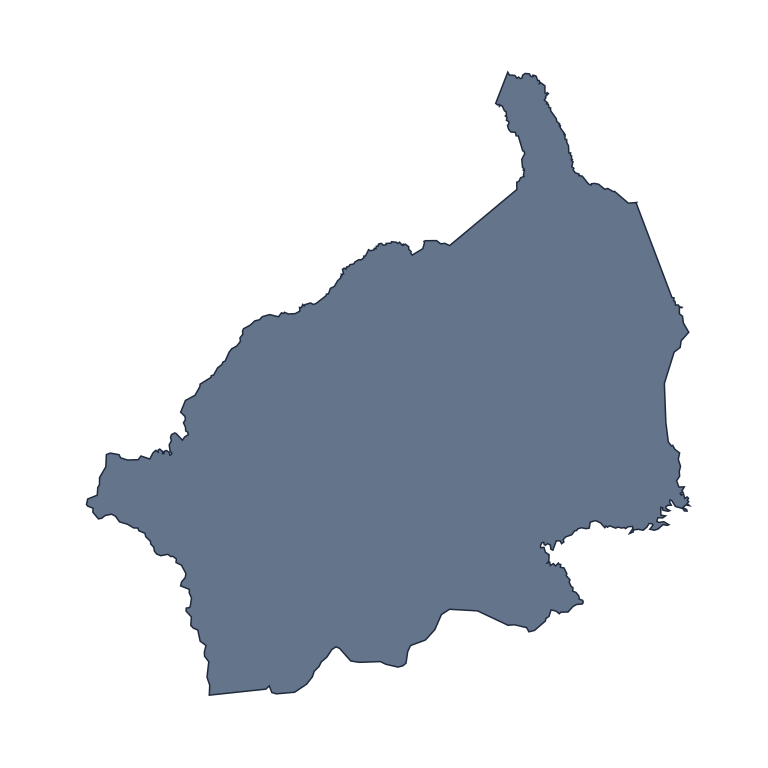 Kasempa, North-Western, Zambia, rotated 84°
{"feature_id": "96606910B75049689384444", "entity_name": "Kasempa", "entity_type": "district", "adm_level": 2, "iso_a3": "ZMB", "parent_name": "Zambia", "parent_adm1": "North-Western", "projection": "mercator", "projection_center": [25.871, -13.795], "detail": "fine", "context": "isolated", "style": "filled", "palette": "slate", "viewbox_px": 768, "rotation_deg": 84, "n_neighbors": 0, "source": "geoboundaries", "source_scale": "gbopen_adm2", "svg_char_len": 6112}
<svg xmlns="http://www.w3.org/2000/svg" viewBox="0 0 768 768"><g transform="rotate(84 384 384)"><path d="M229.9,113.6L229.7,122.1L216.5,134.6L216.7,135.8L212.9,141.1L213.5,144.0L207.8,149.6L206.5,153.7L206.5,156.8L207.8,157.3L206.6,159.6L198.0,165.1L197.1,168.3L195.7,168.0L193.8,171.8L190.9,173.5L189.3,172.6L187.6,174.5L182.5,172.8L181.6,174.1L180.3,173.2L179.9,174.2L177.0,173.5L175.8,174.7L173.7,174.2L173.5,176.0L166.3,175.6L163.2,176.9L159.9,176.8L159.9,178.1L158.6,178.4L154.9,177.8L154.8,178.8L153.8,178.4L147.4,182.0L145.6,181.6L145.4,182.7L143.8,182.0L141.0,184.7L138.1,184.9L129.7,189.7L126.8,189.5L126.5,190.9L123.1,191.3L122.4,192.8L121.6,192.0L118.3,194.9L116.3,193.1L114.9,193.3L112.4,190.2L111.3,191.3L112.4,191.9L111.4,193.5L104.2,192.8L100.9,196.5L101.3,198.0L100.3,197.3L98.3,198.0L98.4,199.4L93.8,200.5L92.9,201.8L93.4,202.8L92.4,203.5L93.9,204.4L93.1,206.1L90.8,206.9L89.9,211.1L91.4,213.9L94.0,214.6L94.5,216.5L92.8,218.1L93.8,219.9L90.8,221.6L89.8,227.0L86.8,228.3L116.6,243.6L118.3,241.9L118.1,240.2L119.9,240.2L118.9,238.9L120.1,237.3L125.0,235.6L125.9,234.1L129.6,234.2L130.1,235.3L131.9,233.8L134.6,234.7L136.0,232.5L138.1,232.6L139.9,234.2L143.8,233.4L146.7,231.4L147.4,227.1L151.0,226.6L151.4,224.5L166.6,221.7L167.2,220.4L169.4,219.9L175.0,223.5L183.1,223.6L184.7,222.3L185.8,223.1L186.0,222.0L190.7,223.5L192.2,223.0L193.2,226.7L196.3,228.4L197.3,230.9L204.4,231.5L253.2,304.3L250.4,308.9L250.5,313.0L246.9,316.7L245.8,327.8L246.4,329.4L247.8,329.0L253.5,331.3L258.7,342.5L256.8,343.6L255.1,343.2L252.6,345.3L250.0,345.1L247.1,348.3L248.0,350.6L247.1,350.4L247.4,351.8L244.6,353.7L245.7,355.7L244.3,356.8L243.3,361.6L244.7,362.5L244.4,367.2L245.7,367.4L246.0,369.9L243.8,372.2L244.3,374.9L246.2,375.3L246.2,377.3L248.7,377.9L248.0,379.4L249.7,380.3L250.0,383.6L248.8,385.3L254.7,389.0L254.7,390.7L255.9,390.6L258.2,393.7L257.7,396.0L259.6,400.2L261.5,401.6L261.7,405.3L263.4,406.6L263.7,409.0L265.7,409.8L264.6,411.6L265.7,413.3L270.3,412.7L270.4,415.1L272.0,414.6L272.4,415.8L274.0,416.0L276.4,419.3L281.8,423.2L283.3,427.4L288.4,429.7L288.6,431.8L290.2,432.5L296.8,443.1L297.5,446.1L295.7,448.5L296.8,454.4L298.0,455.2L296.4,456.5L299.3,458.0L299.0,460.0L302.7,460.0L304.7,464.8L304.4,471.6L302.3,475.5L303.4,476.5L302.5,478.5L306.1,481.9L303.0,490.5L304.3,498.0L307.1,501.2L307.7,505.9L311.5,510.9L314.3,517.9L316.6,519.2L319.8,519.2L323.0,522.4L326.6,522.4L330.9,526.5L333.0,531.7L336.0,534.6L344.6,539.6L345.3,541.9L347.7,543.2L350.5,547.8L357.4,552.6L357.6,554.9L359.4,555.5L364.9,566.9L367.4,567.4L375.5,573.2L379.6,583.2L390.8,589.2L395.5,585.3L398.8,585.3L401.5,587.5L406.1,586.0L409.9,586.1L411.3,584.3L413.9,583.9L415.8,587.8L418.8,590.3L411.4,596.0L410.8,597.3L412.1,600.6L414.7,601.9L418.3,601.4L422.0,604.0L428.1,603.8L430.8,602.2L432.2,603.4L432.3,604.5L429.6,604.6L427.4,607.3L427.9,609.5L430.2,610.1L430.1,611.6L428.3,610.9L425.3,613.8L426.0,615.4L428.2,615.9L426.1,617.9L428.3,620.9L434.1,624.8L430.2,633.2L433.6,636.4L432.8,647.0L429.9,653.7L426.6,654.9L424.1,663.3L425.2,667.5L437.3,669.3L447.2,676.6L454.4,677.5L457.0,679.5L464.6,680.8L467.4,690.7L472.7,692.5L474.5,691.4L477.2,686.3L481.0,687.0L488.3,682.1L488.0,678.7L485.7,675.2L485.0,668.6L487.3,665.0L493.5,661.4L496.6,653.9L501.0,648.0L501.5,644.0L504.4,643.0L507.5,637.4L510.9,636.9L516.1,632.7L518.8,632.7L522.3,630.0L526.2,629.8L529.3,627.9L531.4,624.0L530.8,616.7L533.4,614.0L533.2,612.2L536.2,608.8L539.8,609.5L543.0,604.4L551.8,600.8L555.7,601.9L559.7,606.0L563.5,607.4L567.9,599.1L571.5,599.5L576.6,597.8L584.7,599.9L586.0,600.8L586.2,604.1L589.1,604.6L595.5,599.9L604.0,601.4L606.9,599.1L609.2,594.9L620.6,593.7L625.4,588.4L631.8,590.7L636.0,590.9L641.9,587.3L657.1,590.7L665.3,588.8L675.2,590.3L675.1,533.3L672.2,529.7L679.1,527.8L680.9,523.5L681.2,505.2L674.5,492.4L667.8,485.9L662.4,483.4L658.1,478.1L653.8,475.4L649.6,469.3L642.6,463.6L640.4,459.2L642.2,455.9L656.0,446.0L658.2,437.9L659.7,416.6L662.9,411.5L667.0,399.8L666.3,394.8L664.0,391.3L652.7,388.4L646.9,385.0L642.9,369.5L633.6,359.1L619.3,351.0L614.9,342.4L619.4,314.7L636.9,285.9L637.1,279.5L641.2,267.6L645.6,265.8L644.8,260.1L636.7,248.4L634.1,247.4L632.4,244.2L626.1,241.5L627.9,236.5L630.8,233.7L629.4,232.0L630.0,224.8L625.0,219.3L623.4,215.4L623.5,209.6L621.9,208.7L620.0,209.0L618.3,212.3L615.2,212.4L611.4,214.8L609.6,218.1L606.5,217.3L604.7,219.1L600.3,220.6L598.2,219.5L593.7,222.8L591.8,222.0L585.7,224.2L584.8,227.7L582.0,227.1L581.8,228.6L580.3,229.2L582.8,232.5L580.3,234.3L581.9,237.6L578.6,237.8L579.1,240.3L577.1,238.5L571.0,237.7L568.2,241.1L563.1,242.0L563.3,245.3L560.5,245.1L558.2,243.2L558.1,241.7L560.4,241.5L561.2,240.3L559.9,238.0L561.4,235.4L565.8,235.3L566.9,233.4L557.9,229.0L558.5,225.1L561.4,224.1L559.9,221.6L557.6,222.1L555.1,219.4L553.5,213.0L549.9,209.7L549.9,207.8L548.3,206.4L547.6,202.7L549.0,198.2L548.8,195.0L543.0,193.3L541.9,188.0L544.8,183.1L550.0,179.4L548.5,178.0L549.8,176.7L548.6,174.4L551.6,168.6L550.7,166.4L552.1,162.8L551.9,159.9L553.1,159.0L551.5,156.2L551.6,151.9L553.6,151.5L558.3,155.4L557.2,151.6L555.2,151.1L555.1,146.3L556.5,141.5L553.8,137.5L550.5,135.0L550.9,132.2L552.3,131.1L556.2,134.8L557.7,130.3L556.8,126.5L553.0,121.2L554.2,117.3L553.7,115.4L550.2,120.1L550.4,125.3L549.1,127.0L545.6,125.6L546.3,120.9L544.6,117.8L543.4,122.3L535.6,121.7L536.1,119.9L538.2,120.1L538.9,119.1L540.3,114.8L539.8,113.0L537.2,116.6L535.9,116.7L534.4,114.7L534.6,110.9L531.3,112.3L529.2,111.7L530.0,110.0L536.2,107.0L539.2,99.8L541.6,98.6L542.1,95.9L540.4,96.2L538.2,99.8L535.9,96.4L536.9,92.9L534.6,95.0L532.8,93.3L531.5,94.4L529.4,93.1L528.0,94.4L529.2,96.9L524.6,97.6L525.5,100.0L524.7,100.6L523.7,100.8L523.0,98.0L521.4,98.8L517.7,96.1L517.3,101.5L510.9,103.1L506.5,99.6L501.8,99.5L496.9,97.7L489.7,99.2L483.5,97.2L479.3,101.6L475.2,103.3L475.6,104.7L471.2,107.3L451.7,107.7L415.3,105.3L412.5,105.0L382.6,92.1L378.6,85.6L372.1,84.0L364.4,75.5L354.6,79.9L347.9,80.0L345.0,82.9L338.6,82.2L339.2,80.2L339.2,79.8L338.9,79.5L338.1,82.1L336.2,83.0L336.0,85.8L332.3,86.0L331.3,87.3L328.8,86.5L328.0,88.6L230.8,114.2L229.9,113.6Z" fill="#64748b" stroke="#1e293b" stroke-width="1.5"/></g></svg>